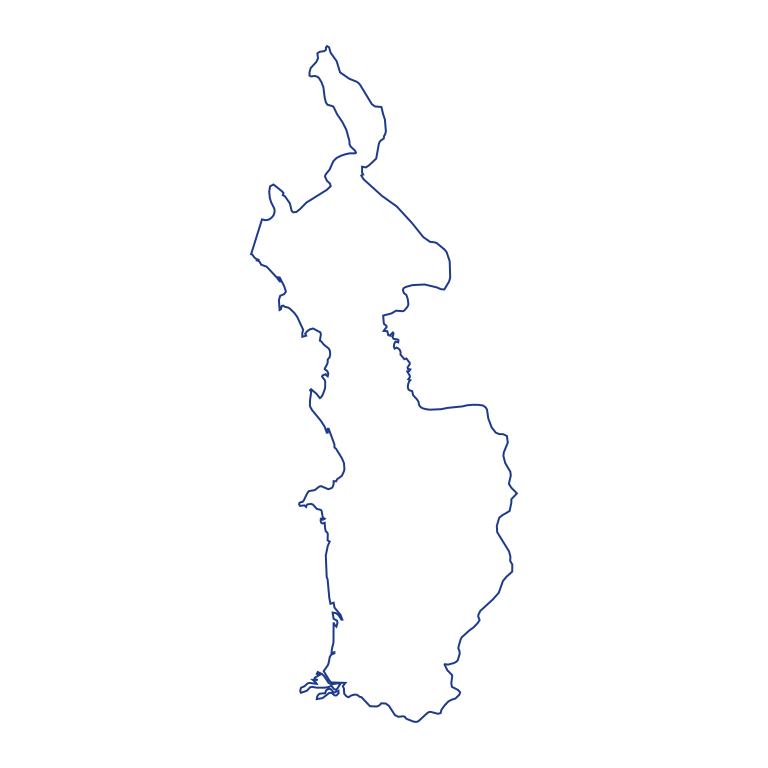 the border of Chocó
{"feature_id": "COL-1415", "entity_name": "Chocó", "entity_type": "Department", "adm_level": 1, "iso_a3": "COL", "parent_name": "Colombia", "parent_adm1": "", "projection": "albers", "projection_center": [-77.125, 6.337], "detail": "fine", "context": "isolated", "style": "outline", "palette": "blue", "viewbox_px": 768, "rotation_deg": 0, "n_neighbors": 0, "source": "natural_earth", "source_scale": "10m", "svg_char_len": 6102}
<svg xmlns="http://www.w3.org/2000/svg" viewBox="0 0 768 768"><path d="M310.7,68.0L316.3,62.0L318.0,58.4L317.4,53.3L319.7,51.8L324.3,51.1L325.8,50.0L326.0,47.4L327.0,46.1L329.1,47.4L330.6,52.7L336.6,61.1L340.1,72.4L349.4,78.8L356.6,81.7L358.7,83.2L360.2,85.0L371.8,104.1L374.8,106.4L381.4,107.0L383.2,114.4L384.9,119.5L385.9,131.5L385.0,134.5L384.1,136.0L383.7,138.6L380.9,140.4L379.7,141.8L378.8,144.0L376.2,158.6L369.2,165.2L366.0,167.4L362.1,166.7L362.1,172.6L363.1,174.5L362.3,174.6L361.3,175.6L363.7,179.4L382.1,196.0L396.9,206.6L411.8,222.8L423.3,237.1L430.0,241.8L434.9,242.4L436.9,243.2L444.7,249.7L446.7,252.3L449.7,261.3L450.2,277.5L449.1,281.5L444.3,289.5L441.0,289.2L436.5,287.3L424.7,284.5L412.5,285.1L405.6,287.0L403.5,288.3L402.9,290.3L404.0,293.2L406.3,294.9L407.7,298.8L408.4,304.2L407.7,306.4L406.4,308.1L404.1,310.7L402.8,311.2L396.1,310.7L391.5,313.4L383.2,315.6L383.7,322.4L384.1,324.0L386.2,325.6L386.7,326.9L383.7,330.9L387.3,331.2L388.2,335.0L389.1,335.5L390.6,335.7L390.4,334.9L392.9,332.5L393.5,333.3L392.6,337.1L393.5,338.8L397.8,339.5L398.5,340.2L398.2,342.4L395.5,341.6L394.2,343.9L393.9,346.8L394.7,348.6L396.5,347.6L398.5,348.6L399.9,350.1L400.6,352.1L400.5,354.6L404.4,359.2L406.4,358.5L409.7,362.8L409.8,364.0L407.6,367.4L407.9,368.9L410.3,369.4L409.3,371.0L407.2,371.4L409.7,375.5L409.9,377.1L408.3,379.3L410.3,380.2L409.1,381.6L408.2,384.0L407.8,386.9L408.3,389.2L409.3,390.2L412.2,391.2L413.1,395.2L417.1,399.5L418.6,402.1L419.1,405.0L420.4,406.8L422.4,408.2L426.1,409.2L429.7,409.7L441.1,409.2L447.5,407.9L462.4,406.4L467.0,405.3L472.6,404.8L478.0,404.8L483.0,405.5L485.7,407.4L487.0,409.7L488.3,418.5L491.7,427.5L495.8,432.7L499.3,434.1L503.2,434.2L506.9,436.0L507.8,442.6L503.8,452.4L503.4,455.9L505.2,463.0L510.3,471.7L510.8,475.4L508.9,483.9L511.2,487.6L516.9,493.4L511.4,499.2L511.3,503.0L509.6,511.0L502.1,515.4L499.2,517.8L496.8,526.0L497.2,532.2L509.1,551.5L510.4,556.7L510.2,560.9L512.3,564.6L512.2,571.6L506.4,576.8L502.9,581.1L498.8,592.7L492.9,599.4L480.3,610.9L478.4,614.7L478.2,616.4L479.6,620.1L477.7,623.1L473.3,627.6L469.5,630.3L461.8,637.2L460.6,639.5L458.5,646.9L458.4,648.6L459.5,651.2L459.7,653.8L457.7,660.4L455.8,662.1L453.7,663.1L448.1,664.6L444.8,664.2L444.6,664.6L447.3,670.2L452.0,675.0L452.2,676.2L451.3,683.2L451.9,686.8L457.9,689.9L460.1,692.2L459.6,693.9L459.2,694.9L455.3,698.6L451.8,699.6L448.4,701.4L444.8,705.2L441.5,709.7L440.6,713.1L437.9,713.8L430.8,711.9L429.2,712.0L427.6,712.8L418.3,721.3L416.4,721.9L413.8,721.7L407.4,719.2L405.9,718.4L405.0,716.9L403.1,716.3L398.4,716.8L394.9,715.1L389.0,705.9L385.7,703.5L381.3,703.3L379.3,705.4L376.8,706.5L370.0,706.2L361.5,697.2L359.7,696.8L357.1,694.8L354.3,694.6L351.0,695.6L348.6,697.2L347.6,696.9L346.2,696.1L344.2,693.6L343.9,688.5L342.8,686.2L345.4,682.9L331.0,682.4L329.0,679.9L323.7,671.1L327.8,665.3L328.6,663.1L329.8,656.9L331.2,654.7L334.4,653.2L334.4,652.2L331.5,653.2L331.9,649.1L333.5,642.3L333.6,622.5L334.6,624.9L336.4,626.6L337.5,622.8L337.0,620.6L333.6,618.8L332.6,612.6L335.8,613.1L338.3,614.8L341.4,619.6L342.3,619.6L340.6,615.0L334.5,607.6L333.6,602.7L330.5,603.8L329.3,597.9L327.6,579.4L326.7,577.1L325.8,555.4L327.8,545.8L329.7,541.6L327.6,540.3L327.8,534.0L327.2,532.5L325.8,531.3L325.1,528.5L324.7,522.8L322.6,523.5L321.3,522.8L320.7,521.2L320.8,518.7L321.7,518.7L322.9,519.8L324.7,518.7L323.2,517.8L322.6,516.5L321.6,510.9L320.8,509.9L316.8,508.9L313.0,504.6L311.0,503.9L307.4,504.4L306.5,505.3L306.1,506.9L304.3,505.4L300.1,505.9L299.1,504.3L299.4,503.0L300.7,502.2L302.6,501.9L303.8,500.4L307.2,493.3L308.9,491.1L314.8,490.1L319.2,486.6L321.3,486.2L328.3,489.2L331.6,488.1L332.5,487.2L333.6,484.2L333.6,481.2L336.1,481.3L337.2,479.2L341.9,475.8L344.1,470.9L344.4,469.3L344.0,463.3L341.9,458.2L336.0,448.7L334.5,447.5L334.4,444.4L328.7,428.8L327.7,428.8L327.7,432.7L326.8,432.7L324.5,426.4L320.8,420.7L312.0,410.0L310.5,407.4L309.9,405.3L310.1,399.6L311.2,391.9L310.1,390.1L311.1,389.2L316.4,393.7L319.9,398.1L321.3,397.0L322.8,394.5L324.8,389.2L325.2,386.5L325.2,381.8L324.8,380.2L322.1,376.6L322.5,375.4L325.8,374.2L326.2,375.1L327.7,376.3L328.3,374.1L327.8,372.1L326.5,370.4L324.8,369.4L324.8,368.4L326.9,364.7L327.7,362.4L327.7,359.5L329.6,357.3L330.2,354.1L329.9,350.9L328.8,348.6L323.9,344.7L321.4,341.6L319.9,340.7L320.9,334.3L320.4,332.4L313.1,328.5L309.7,329.4L306.9,331.5L305.2,333.7L306.2,335.7L302.3,336.8L302.3,333.1L303.2,329.8L297.2,316.9L294.4,313.0L290.3,309.0L288.2,307.6L284.5,306.7L283.3,305.6L281.6,306.1L280.9,309.3L279.6,310.0L278.9,300.0L280.2,295.8L284.2,294.1L285.9,291.6L284.1,286.0L279.7,277.5L278.7,277.4L280.7,280.3L280.7,281.4L279.7,281.4L277.2,278.0L266.7,266.7L261.2,264.7L259.2,261.2L257.1,260.5L258.1,259.6L256.3,259.0L254.6,257.7L252.3,254.6L251.1,254.2L262.0,219.4L265.4,220.2L268.6,219.7L271.3,218.0L273.5,215.4L274.7,211.7L274.3,208.6L271.1,202.2L269.8,197.8L269.2,191.7L270.1,186.3L273.5,184.5L282.1,191.4L283.5,193.0L282.8,195.2L284.8,196.1L289.9,203.4L291.6,210.7L293.1,212.3L296.4,212.0L300.0,209.1L306.5,202.5L326.6,190.0L330.7,186.2L329.9,183.5L326.9,180.7L325.0,176.5L325.5,174.7L329.7,169.4L333.4,161.1L336.4,158.1L340.8,155.8L345.6,154.2L349.9,153.3L355.2,153.3L356.0,152.7L354.9,150.5L350.6,146.5L349.6,144.4L349.4,141.0L346.3,129.7L342.2,121.7L337.1,114.3L334.0,107.8L333.0,106.3L327.4,104.7L325.8,102.2L324.6,97.1L323.4,87.2L321.4,82.1L319.0,78.1L317.5,76.8L315.1,76.0L310.8,76.4L309.5,75.6L309.5,72.3L310.7,68.0ZM328.6,682.9L331.6,684.4L337.5,683.3L340.3,683.9L337.7,688.1L335.8,689.8L334.0,689.0L331.5,685.9L327.9,687.2L324.5,687.7L317.0,687.7L312.3,686.9L310.1,687.3L306.8,690.8L300.9,692.8L300.3,691.6L300.4,689.6L301.1,687.7L304.4,686.3L307.5,683.5L309.3,682.9L316.7,683.9L316.1,682.7L312.8,679.9L317.8,679.9L314.4,679.1L314.8,677.7L319.7,674.9L316.8,673.9L317.8,672.0L321.7,673.9L323.9,675.8L328.6,682.9ZM316.8,699.1L317.1,696.8L318.0,695.1L319.7,693.7L325.1,693.2L326.2,690.3L327.6,689.3L329.3,688.8L331.0,689.3L333.4,692.2L334.4,692.5L338.4,690.7L338.6,693.3L336.5,695.4L334.5,695.4L332.2,693.2L330.8,692.8L329.0,693.1L322.6,698.1L316.8,699.1Z" fill="none" stroke="#1e3a8a" stroke-width="2"/></svg>